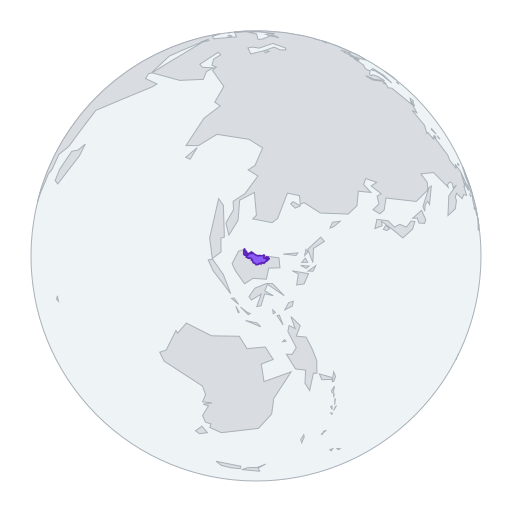 the Earth from above Sarawak, rotated 48°
{"feature_id": "MYS-1187", "entity_name": "Sarawak", "entity_type": "State", "adm_level": 1, "iso_a3": "MYS", "parent_name": "Malaysia", "parent_adm1": "", "projection": "orthographic", "projection_center": [112.841, 2.907], "detail": "fine", "context": "on_globe", "style": "filled", "palette": "violet", "viewbox_px": 512, "rotation_deg": 48, "n_neighbors": 0, "source": "natural_earth", "source_scale": "10m", "svg_char_len": 11743}
<svg xmlns="http://www.w3.org/2000/svg" viewBox="0 0 512 512"><g transform="rotate(48 256 256)"><circle cx="256" cy="256" r="225" fill="#eef3f6" stroke="#a8b0b8"/><path d="M455.5,322.5L455.2,324.1L455.0,324.4L455.5,322.5ZM366.5,59.7L382.0,69.6L386.0,73.9L376.8,66.2L372.3,63.3L372.7,64.3L368.2,61.7L365.8,61.0L360.3,58.0L355.4,54.5L351.8,52.7L352.3,53.7L347.1,51.9L346.9,50.6L337.9,47.6L328.0,42.8L329.5,43.1L348.4,50.5L366.5,59.7ZM466.3,175.2L466.9,176.8L466.4,175.6L466.3,175.2ZM466.0,174.6L466.2,175.0L466.0,174.6ZM465.8,174.4L465.9,174.5L465.8,174.4ZM464.9,172.6L464.6,172.0L464.4,171.3L464.9,172.6ZM376.7,65.8L378.6,67.0L377.1,66.1L376.4,65.6L376.7,65.8ZM366.4,61.4L368.1,62.5L366.1,61.8L366.4,61.4ZM356.0,56.7L352.3,55.4L355.2,56.0L356.0,56.7ZM349.6,54.3L340.9,52.0L343.8,54.0L330.5,47.6L342.4,51.3L345.5,51.5L346.3,52.6L349.6,54.3ZM324.6,44.8L321.7,44.0L323.8,44.2L324.6,44.8ZM65.7,135.5L66.8,133.8L63.7,141.6L66.3,142.1L80.1,123.8L75.9,122.4L82.4,113.5L91.5,107.0L96.3,109.6L99.0,106.3L102.0,98.2L109.2,92.9L103.8,95.1L101.4,98.5L97.9,100.3L99.8,97.3L102.3,95.4L102.6,93.7L90.7,104.5L87.0,109.1L84.1,110.6L77.7,118.7L74.7,122.4L81.0,114.2L94.5,99.0L109.2,85.1L125.2,72.6L127.4,71.1L134.7,66.3L133.4,67.4L140.6,62.8L144.1,61.7L145.9,59.6L154.4,55.1L161.3,52.1L164.4,50.5L153.2,55.5L150.3,57.1L173.5,46.4L178.4,44.6L183.7,43.4L174.0,49.6L167.7,51.7L168.1,50.3L159.7,55.3L164.3,53.0L163.2,54.3L171.1,51.2L170.8,52.0L179.0,48.0L179.4,48.7L174.2,51.2L186.3,48.3L189.5,49.5L192.4,48.6L194.6,47.2L197.3,50.3L199.3,49.5L199.2,48.1L203.2,45.8L211.3,43.2L211.7,44.4L208.9,45.5L203.6,50.1L196.0,53.4L197.0,53.7L203.8,51.2L210.2,45.5L214.9,43.7L212.7,46.0L213.9,45.0L216.4,44.5L219.3,45.4L222.1,42.8L248.9,38.6L257.2,40.6L252.3,42.6L271.6,43.3L279.5,47.1L279.3,45.6L288.5,45.9L286.2,44.6L286.8,44.0L309.3,46.0L314.9,48.0L324.4,48.7L324.4,48.1L320.8,46.5L330.5,47.6L343.8,54.0L343.2,54.8L351.9,58.9L349.4,60.6L351.3,64.5L343.5,65.0L345.7,68.6L348.9,69.9L354.3,76.3L354.4,86.3L340.3,72.4L337.4,59.6L337.4,63.9L333.2,61.5L330.7,62.3L331.0,65.9L333.6,67.2L312.8,68.2L305.3,78.4L316.0,79.5L321.9,84.3L322.7,100.4L299.9,120.6L307.6,130.0L307.6,135.7L299.9,138.1L299.6,129.8L292.5,125.9L293.5,121.3L281.0,123.5L282.0,117.1L271.8,122.6L274.9,128.2L285.6,128.1L276.3,136.6L286.2,147.4L286.5,159.5L267.1,179.4L248.5,184.5L247.2,188.5L240.2,183.3L230.3,190.6L242.6,214.9L242.0,221.7L226.2,233.6L226.0,228.4L207.7,214.7L203.6,230.8L217.5,245.5L222.3,262.2L211.3,256.3L206.6,241.7L200.1,236.4L202.3,222.2L197.8,201.0L186.8,204.2L188.0,196.0L180.1,178.7L164.6,183.1L139.5,203.6L135.4,225.0L127.1,234.1L118.8,202.5L120.5,182.2L114.1,183.7L108.5,166.5L88.9,164.1L89.1,159.0L84.8,161.1L81.3,155.7L82.9,147.5L79.3,147.8L75.9,169.5L80.1,169.4L87.8,161.6L85.7,169.4L89.5,176.9L74.4,195.2L50.3,210.7L53.1,194.8L61.4,152.2L64.0,147.8L64.3,147.3L64.7,146.4L60.2,153.5L63.3,145.7L53.4,174.3L49.4,186.9L49.9,211.6L48.6,214.0L50.3,219.4L61.9,214.4L60.9,219.8L52.2,244.2L40.6,277.6L45.1,301.4L49.3,321.7L48.6,334.4L55.4,350.2L56.0,355.4L60.4,364.3L64.7,373.6L69.4,382.1L60.7,368.3L53.1,353.9L46.5,338.9L41.1,323.6L36.8,307.8L33.6,291.8L31.6,275.6L30.7,259.4L31.1,243.0L32.6,226.8L35.3,210.7L39.2,194.9L44.2,179.4L50.3,164.2L57.4,149.6L65.7,135.5ZM147.2,58.7L143.9,60.6L140.6,62.5L147.2,58.7ZM96.0,122.8L102.3,124.7L108.6,113.1L111.5,113.1L112.6,109.4L109.0,112.3L112.9,102.7L118.9,100.2L122.9,95.8L120.9,95.0L109.3,101.3L103.6,114.6L98.3,118.9L96.0,122.8ZM204.8,36.7L207.4,36.1L208.6,35.8L216.5,34.2L217.3,34.2L212.9,35.1L204.8,36.7ZM76.8,126.7L73.4,130.0L74.2,128.1L75.2,127.3L76.8,126.7ZM73.1,124.8L71.8,127.5L72.1,126.2L73.1,124.8ZM207.0,36.4L210.2,35.6L208.6,36.1L207.0,36.4ZM218.3,34.2L217.2,34.5L218.3,34.0L218.3,34.2ZM152.7,430.3L157.5,433.1L154.8,433.1L152.7,430.3ZM63.4,320.2L69.8,355.1L65.6,354.8L60.3,344.2L54.9,322.9L58.2,317.3L58.6,307.9L63.4,320.2ZM279.7,304.6L286.6,306.1L286.4,307.1L279.7,304.6ZM272.5,300.4L280.4,301.3L271.1,302.6L272.5,300.4ZM283.5,301.7L291.5,300.3L295.0,298.8L294.4,301.0L283.5,301.7ZM267.1,300.0L238.2,297.7L226.9,294.1L229.5,290.4L247.9,292.7L267.1,300.0ZM228.6,290.2L211.4,278.2L188.4,245.4L196.6,246.4L220.8,266.9L219.2,270.1L229.6,279.3L228.6,290.2ZM270.6,273.2L269.0,283.1L253.0,281.1L245.7,278.9L240.7,265.8L243.5,259.5L249.4,260.1L272.7,240.2L280.8,246.1L273.5,254.7L280.2,263.8L270.6,273.2ZM136.1,227.1L140.0,240.3L135.6,242.2L136.1,227.1ZM282.4,225.9L272.8,234.5L281.7,222.8L282.4,225.9ZM287.8,214.7L288.2,219.5L284.5,214.6L287.8,214.7ZM246.7,194.8L240.4,195.4L240.4,192.1L248.4,189.5L246.7,194.8ZM286.6,170.1L286.1,179.3L284.7,182.3L282.1,176.5L286.6,170.1ZM218.3,39.4L206.5,41.2L198.5,43.4L194.8,45.8L194.9,43.7L207.2,40.2L218.3,39.4ZM245.1,38.3L248.2,37.0L250.3,37.6L249.8,38.0L245.1,38.3ZM244.6,37.5L242.0,36.0L246.0,35.3L247.2,36.6L244.6,37.5ZM224.1,34.9L220.5,35.3L221.9,34.7L224.1,34.9ZM402.2,407.9L403.5,410.0L397.0,416.0L388.6,421.8L381.8,423.1L402.2,407.9ZM345.4,417.9L346.3,410.1L354.8,410.3L350.3,416.9L345.4,417.9ZM408.0,403.4L413.8,396.9L417.1,388.0L415.1,396.3L418.4,397.3L405.1,409.6L408.0,403.4ZM316.9,382.8L272.7,394.6L263.1,391.9L265.8,385.6L257.8,365.3L260.9,365.9L259.3,352.6L285.6,342.4L304.5,322.1L318.8,324.7L329.8,310.0L344.4,312.5L339.8,324.4L354.7,334.1L365.6,307.4L373.7,338.1L383.9,350.1L385.7,369.6L364.1,400.0L352.5,405.1L350.7,401.8L345.8,404.7L338.8,402.5L335.6,391.6L330.8,394.4L335.8,386.9L328.6,393.3L325.3,386.2L316.9,382.8ZM420.8,340.1L422.7,341.2L425.4,347.0L422.4,345.6L420.8,340.1ZM450.6,327.8L451.1,330.6L449.3,330.8L450.6,327.8ZM455.0,324.4L452.8,324.9L455.5,322.5L455.0,324.4ZM432.1,324.0L433.0,326.1L432.1,326.6L432.1,324.0ZM431.4,323.2L432.7,320.4L432.4,323.4L431.4,323.2ZM422.6,305.6L423.9,304.3L424.4,305.5L422.6,305.6ZM296.9,307.0L306.5,300.0L311.8,299.8L296.9,307.0ZM421.0,302.1L417.9,301.4L418.3,299.8L421.0,302.1ZM421.3,298.4L421.0,296.2L422.8,301.7L421.3,298.4ZM415.4,292.6L419.1,297.1L415.0,293.0L415.4,292.6ZM413.2,292.8L410.4,290.7L410.6,290.1L413.2,292.8ZM381.5,291.7L391.9,306.2L383.4,304.8L374.0,295.5L366.4,302.2L349.4,299.2L353.3,294.9L351.1,287.4L333.4,282.8L329.8,277.9L336.1,275.4L324.4,270.6L337.3,269.7L342.5,279.7L349.7,273.1L362.2,276.3L374.3,280.8L383.9,289.2L381.5,291.7ZM337.3,290.7L339.5,290.9L337.5,293.6L337.3,290.7ZM405.2,284.7L409.2,289.9L408.7,291.0L406.7,290.0L405.2,284.7ZM386.1,287.8L396.5,281.2L398.9,281.7L392.0,289.8L386.1,287.8ZM394.0,275.8L398.8,277.5L401.3,282.3L400.3,283.4L394.0,275.8ZM311.0,279.3L310.5,281.9L307.2,279.6L311.0,279.3ZM315.4,278.2L325.4,282.0L314.4,280.3L315.4,278.2ZM284.8,266.4L287.7,272.8L297.1,269.7L289.9,274.8L296.3,285.6L294.1,289.3L287.8,277.6L285.6,288.9L281.5,288.4L279.2,278.3L283.4,266.7L287.5,262.2L304.4,261.6L284.8,266.4ZM315.3,270.6L312.6,263.1L314.6,258.5L317.5,262.5L315.3,270.6ZM304.7,245.2L297.7,236.5L291.3,239.0L304.3,228.8L308.9,238.9L304.7,245.2ZM298.8,226.9L292.8,229.1L299.1,223.2L298.8,226.9ZM291.3,226.3L290.6,220.7L295.4,221.8L291.3,226.3ZM302.0,227.4L303.2,218.1L305.5,223.8L302.0,227.4ZM288.8,208.2L298.9,218.1L285.6,213.1L285.3,195.3L290.9,195.4L288.8,208.2ZM321.4,143.5L320.1,138.9L325.2,138.5L324.7,141.7L321.4,143.5ZM340.8,134.8L326.2,137.0L314.2,139.6L317.9,142.0L315.2,149.3L309.7,141.6L318.1,134.3L327.2,133.8L328.6,128.0L335.2,124.8L333.8,117.4L336.7,114.8L340.8,121.6L340.8,134.8ZM332.8,114.3L332.8,102.4L342.5,105.5L344.6,108.8L340.6,112.8L335.7,110.8L332.8,114.3ZM335.6,100.6L330.9,98.8L320.9,81.6L321.3,78.9L333.9,92.6L330.2,91.8L330.9,95.8L335.6,100.6ZM322.6,44.7L321.8,44.0L324.2,44.9L322.6,44.7ZM285.3,43.3L286.6,42.7L289.3,43.4L285.3,43.3ZM291.6,41.4L287.6,40.9L291.6,40.9L291.6,41.4ZM278.8,40.3L286.0,40.5L279.4,41.1L278.8,40.3Z" fill="#d9dde1" stroke="#a8b0b8" stroke-width="1"/><path d="M265.8,250.5L265.9,250.4L265.6,250.0L265.5,249.8L265.5,249.7L265.5,249.3L265.5,249.2L265.3,248.4L265.2,248.3L265.0,248.2L265.3,247.9L265.4,248.0L265.6,248.0L265.8,248.2L266.1,247.9L266.5,247.9L266.8,247.9L266.9,248.0L267.0,248.4L267.0,248.7L266.8,248.8L266.8,249.1L266.6,249.4L266.7,249.7L266.8,249.9L266.8,250.2L267.0,250.2L267.0,250.3L267.1,250.5L266.9,250.8L266.9,251.0L267.0,251.1L266.9,251.5L266.7,251.9L266.6,252.0L266.8,252.2L266.8,252.4L266.6,252.8L266.6,253.1L266.7,253.5L266.8,253.8L266.8,254.0L266.7,253.9L266.6,254.0L266.4,254.8L266.5,255.0L266.4,255.2L266.3,255.5L266.1,255.5L265.8,255.7L265.7,255.7L265.4,255.5L265.0,256.0L264.9,256.2L264.7,256.3L264.8,256.4L264.9,256.5L264.7,256.7L264.7,256.8L264.8,256.9L264.7,257.2L264.8,257.2L265.1,257.2L265.2,257.4L265.3,257.6L265.2,257.6L264.9,257.7L264.7,257.9L264.6,258.0L264.4,258.2L264.2,258.1L264.1,258.3L264.0,258.5L263.7,258.5L263.5,259.0L263.6,259.3L263.8,259.4L263.9,259.5L263.8,259.9L263.8,260.0L263.6,260.1L263.3,260.1L263.2,260.2L263.2,260.3L263.2,260.5L263.2,260.8L263.1,261.0L262.8,261.3L262.8,261.6L262.7,261.8L262.2,261.6L261.4,261.8L261.2,261.8L261.1,261.7L260.9,261.7L260.2,261.8L259.8,262.2L259.2,262.6L258.8,262.3L258.7,262.3L258.4,262.3L258.2,262.3L257.9,262.1L257.7,262.0L257.3,262.0L257.1,261.9L256.8,261.8L256.5,261.9L256.7,261.6L256.7,261.4L256.3,261.3L256.1,261.2L255.9,261.3L255.7,261.3L254.5,261.3L254.4,261.3L253.9,261.5L253.4,261.7L253.3,261.8L253.4,262.0L253.3,262.3L253.1,262.9L252.9,263.0L252.6,263.0L252.3,263.0L252.0,263.5L251.8,263.5L251.3,263.4L251.2,263.4L250.9,263.5L250.7,263.7L250.7,263.4L250.3,263.5L250.2,263.5L249.6,263.2L248.7,263.4L248.3,263.4L248.2,263.5L247.9,263.7L247.9,263.8L247.7,263.9L247.4,264.0L247.3,263.9L247.2,263.9L247.2,264.0L246.8,264.0L246.6,264.0L246.5,263.8L246.3,263.6L246.0,263.5L245.9,263.5L245.8,263.3L245.5,262.8L245.4,262.8L245.1,262.7L244.9,262.4L244.7,262.3L244.6,262.0L244.5,261.9L244.2,261.9L244.1,261.6L243.9,261.6L243.6,261.2L243.4,260.8L243.5,260.5L243.4,260.4L243.1,260.4L243.0,260.2L243.0,259.9L243.2,259.7L243.3,259.6L243.4,259.4L243.5,259.2L243.5,259.6L243.5,259.8L243.6,260.0L243.8,260.2L244.0,260.3L244.4,260.5L244.6,260.8L244.8,260.8L245.0,260.7L245.5,260.7L245.7,260.8L245.8,260.7L246.0,260.8L246.0,260.7L246.1,260.4L246.2,260.5L246.3,260.5L246.5,260.8L246.5,260.7L246.8,260.6L246.8,260.8L246.7,261.0L246.8,261.0L247.0,261.2L247.7,261.3L247.7,261.5L247.8,261.6L247.9,261.3L248.0,261.2L248.1,261.3L248.5,261.4L248.6,261.5L248.9,261.8L249.3,262.0L249.5,262.0L249.7,261.9L249.8,262.0L250.0,262.1L250.3,262.1L250.0,262.0L250.0,261.9L249.8,261.8L249.7,261.8L249.4,261.9L249.2,261.7L248.9,261.4L248.8,261.2L248.9,260.9L249.2,260.8L249.3,260.8L249.4,261.0L249.5,261.0L249.8,261.0L249.7,261.0L249.6,260.9L249.4,260.9L249.3,260.7L249.2,260.6L249.1,260.4L249.3,260.4L249.2,260.3L249.2,260.2L249.5,259.7L249.6,259.4L249.8,259.3L249.7,259.2L249.8,259.1L250.1,259.1L250.3,258.9L250.2,258.9L250.1,259.0L249.9,259.0L249.5,259.0L249.5,258.9L249.6,258.7L249.6,258.0L249.6,257.9L249.8,257.9L250.0,258.0L250.4,258.1L250.5,258.1L250.4,257.9L250.4,257.7L250.7,257.7L250.8,257.6L250.6,257.6L250.4,257.4L250.5,256.9L250.9,256.6L251.4,256.2L252.2,256.1L252.8,256.1L255.0,255.5L255.6,255.4L255.8,255.3L256.5,255.1L256.9,254.8L256.9,254.6L257.3,254.2L257.7,253.7L257.8,253.6L257.8,253.4L258.2,253.1L258.3,252.9L258.3,252.7L258.6,252.5L259.5,251.7L260.3,250.6L260.4,250.4L260.5,250.1L260.5,249.8L260.4,249.4L260.5,249.3L260.8,249.5L261.0,249.5L261.4,249.7L261.4,249.8L261.5,249.8L261.6,250.0L261.7,250.3L261.7,250.5L262.0,250.7L262.3,251.0L262.8,251.4L262.8,251.6L263.0,251.6L263.6,251.2L263.6,250.9L263.7,250.7L263.8,250.4L263.9,250.1L263.7,250.0L263.6,249.9L263.6,249.2L263.4,248.9L263.7,248.7L263.9,248.5L264.0,248.5L264.3,248.5L264.3,248.3L264.5,248.1L264.6,248.5L264.5,248.8L264.6,249.1L264.6,249.3L264.8,249.7L264.8,250.1L265.1,250.3L265.3,250.3L265.5,250.4L265.7,250.5L265.8,250.5ZM250.4,258.0L250.2,258.1L250.1,257.9L250.0,257.5L249.9,256.8L250.0,256.6L250.3,256.8L250.3,257.5L250.3,257.8L250.4,258.0Z" fill="#8b5cf6" stroke="#5b21b6" stroke-width="1.5"/></g></svg>